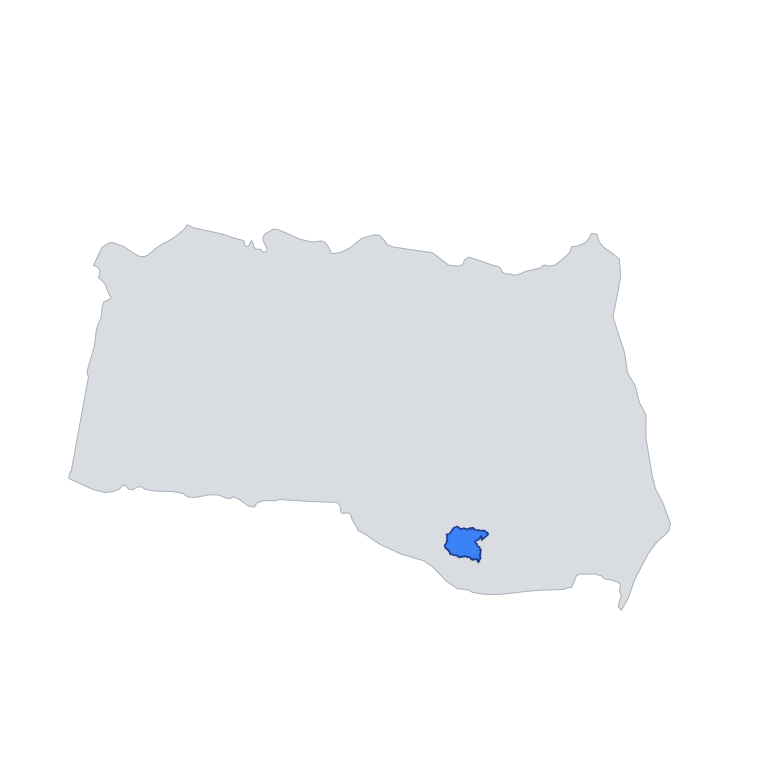 Asunafo North Municipal, Brong Ahafo, Ghana (highlighted), rotated 281°
{"feature_id": "2480657B96138797401471", "entity_name": "Asunafo North Municipal", "entity_type": "district", "adm_level": 2, "iso_a3": "GHA", "parent_name": "Ghana", "parent_adm1": "Brong Ahafo", "projection": "robinson", "projection_center": [-2.711, 6.815], "detail": "fine", "context": "in_parent", "style": "filled", "palette": "blue", "viewbox_px": 768, "rotation_deg": 281, "n_neighbors": 0, "source": "geoboundaries", "source_scale": "gbopen_adm2", "svg_char_len": 7786}
<svg xmlns="http://www.w3.org/2000/svg" viewBox="0 0 768 768"><g transform="rotate(281 384 384)"><path d="M464.5,81.2L469.9,86.9L471.1,90.3L469.1,102.7L465.2,111.4L462.7,119.6L463.1,123.7L465.5,127.8L473.7,134.2L477.9,138.4L482.9,144.7L488.7,150.9L498.5,158.9L502.6,160.3L502.5,162.6L501.1,165.7L500.3,195.6L499.6,203.3L498.8,207.2L498.0,218.4L496.9,220.0L495.1,219.9L493.4,220.3L493.0,222.5L493.6,224.8L499.6,226.4L498.3,228.1L493.9,229.7L491.9,233.0L492.8,236.9L490.3,239.9L491.0,242.0L492.6,243.6L495.1,243.0L502.0,237.8L504.9,237.3L508.4,238.3L515.1,246.2L515.4,250.1L512.7,263.2L510.1,273.4L509.6,287.0L512.4,294.6L512.0,298.8L509.0,302.4L502.2,307.6L502.7,311.2L505.9,317.9L511.6,325.3L522.9,334.5L528.8,346.5L529.0,351.4L525.5,356.2L521.5,360.5L520.2,366.6L522.1,406.7L513.2,424.2L513.1,429.1L514.0,434.9L516.4,438.4L521.0,439.3L524.7,442.7L523.4,454.9L521.4,467.4L521.1,473.4L520.0,476.3L516.5,478.7L515.3,482.6L516.2,487.4L515.5,491.0L517.4,495.7L521.5,501.5L528.0,515.9L530.5,517.0L531.6,520.0L531.0,523.0L533.5,529.3L540.7,535.7L548.3,541.2L554.5,542.0L556.0,547.0L560.0,553.3L563.0,556.1L567.7,557.9L571.5,558.9L571.7,564.2L564.8,567.9L560.1,573.4L556.5,581.8L551.6,591.1L534.6,595.9L528.1,595.9L493.2,596.1L460.5,614.3L441.6,620.8L430.1,631.0L414.5,638.3L403.6,647.1L381.0,651.4L344.0,665.3L332.4,670.8L320.6,680.4L301.6,691.8L294.1,691.6L279.1,681.0L267.9,675.7L240.4,667.6L219.9,664.5L210.0,661.0L207.3,660.4L209.6,656.6L215.3,656.4L221.3,657.5L225.9,654.6L232.6,654.2L234.3,651.2L234.9,643.5L234.8,637.4L237.1,634.6L237.7,627.4L234.4,611.3L232.1,609.4L220.1,607.1L219.3,603.9L217.1,600.6L214.8,592.3L212.2,579.9L208.0,564.6L200.0,539.4L198.0,530.4L196.6,521.3L196.3,510.5L198.0,506.4L197.7,500.8L197.0,495.2L202.7,482.4L213.8,466.7L216.1,461.0L218.2,457.0L218.5,451.4L220.4,433.0L225.8,410.9L229.1,402.5L231.4,398.0L234.1,390.6L234.8,387.1L245.0,378.5L249.7,376.1L250.7,372.7L249.1,369.0L249.8,366.4L252.3,365.2L256.1,364.1L258.8,360.5L254.5,333.2L251.0,306.0L250.8,303.7L248.7,299.9L246.7,288.7L243.2,282.1L238.4,280.2L238.4,274.0L243.3,263.5L244.5,257.3L242.2,255.5L241.9,250.7L243.5,243.0L242.7,238.2L241.8,233.2L236.8,221.3L235.6,212.8L238.2,207.9L238.1,197.1L235.3,180.4L234.9,169.9L236.7,165.5L235.9,161.3L232.2,157.4L231.9,153.5L235.0,149.8L234.7,146.8L230.8,144.7L227.3,139.6L224.2,131.5L224.9,118.4L230.7,94.4L231.4,92.4L238.0,92.6L238.0,93.6L258.5,93.4L281.9,93.1L309.8,92.8L335.3,92.5L336.4,91.4L340.6,90.1L366.2,92.5L382.3,91.3L389.1,92.1L394.1,93.7L405.2,92.7L411.1,93.3L415.6,99.3L417.4,99.3L419.8,96.7L424.3,93.8L428.8,91.5L432.0,86.9L433.9,83.3L436.9,84.0L441.1,83.8L443.9,80.9L445.0,76.2L464.5,81.2Z" fill="#d9dde1" stroke="#a8b0b8" stroke-width="1"/><path d="M227.3,510.1L227.8,510.0L227.9,510.3L228.1,510.2L228.3,510.4L228.2,510.6L228.1,510.9L227.8,511.1L228.0,511.5L228.4,511.5L228.8,511.1L229.2,511.0L229.3,511.1L229.5,511.0L229.8,511.3L230.1,511.5L230.5,511.6L230.7,511.9L231.1,511.8L231.2,512.2L231.4,512.2L232.3,511.7L232.7,511.6L232.8,511.1L233.1,510.9L233.8,511.4L234.2,511.4L234.5,511.2L234.8,511.2L235.1,510.9L234.9,510.4L235.6,510.6L236.0,511.0L236.5,511.2L237.1,511.1L237.4,510.8L237.6,510.7L238.3,510.9L238.9,510.7L239.1,510.3L239.3,510.9L240.4,510.1L241.0,509.4L242.1,508.9L242.3,508.7L242.4,508.2L242.3,507.9L242.1,507.6L243.9,506.0L244.3,506.0L244.8,505.7L245.1,504.6L245.5,504.3L246.1,504.2L246.2,503.6L246.5,503.5L247.0,504.1L247.4,504.2L248.1,504.6L248.8,506.4L249.8,506.8L250.3,506.9L253.3,508.3L253.0,508.8L252.2,509.4L251.7,509.1L250.9,508.8L250.4,509.2L250.0,509.7L249.7,509.6L249.5,509.8L256.1,515.0L256.5,514.9L256.3,514.6L256.5,514.2L256.8,513.8L257.2,513.1L257.3,513.1L257.8,513.5L257.8,513.3L258.2,513.1L258.3,512.7L258.5,512.4L258.6,511.9L258.8,511.7L258.9,511.2L258.9,510.9L259.0,510.7L259.3,510.5L259.3,510.1L259.1,510.1L259.1,509.9L258.9,509.9L258.8,509.7L259.0,509.1L259.0,508.4L258.7,508.2L258.4,507.5L258.4,506.7L258.7,506.0L258.7,505.4L258.8,505.1L258.7,505.0L258.3,505.2L258.1,505.0L258.4,504.4L258.5,503.1L258.4,502.9L258.0,502.5L258.0,502.0L258.1,501.2L258.7,500.8L258.7,500.6L259.0,500.5L258.9,499.7L258.7,499.4L258.8,499.3L259.1,499.3L259.1,499.2L259.3,499.2L259.6,499.1L259.8,499.0L260.0,498.9L259.9,498.6L259.8,498.4L259.2,497.9L259.3,497.8L259.4,497.5L259.1,497.3L259.1,497.1L259.3,496.6L259.0,496.5L258.9,496.3L258.3,496.4L258.5,496.2L258.7,495.7L258.6,495.2L258.2,494.8L258.2,494.5L258.1,494.3L257.9,494.2L257.7,494.1L257.5,493.8L257.4,493.8L257.2,493.2L256.9,493.2L256.7,492.8L256.7,492.7L256.8,492.6L256.9,492.4L257.3,492.2L257.4,491.9L257.6,491.8L257.6,491.7L257.4,491.3L257.4,491.2L257.5,491.0L257.3,490.8L257.3,490.6L257.4,490.3L257.7,490.0L257.6,489.9L257.6,489.6L257.4,489.6L257.3,489.3L257.3,489.2L257.1,489.0L257.1,488.9L256.9,488.8L256.9,488.7L256.7,488.5L256.5,487.8L256.3,487.7L256.2,487.5L256.2,487.2L256.4,487.2L256.2,486.7L256.4,486.5L256.4,486.3L256.6,486.3L256.6,486.1L256.9,485.9L257.0,485.6L257.2,485.0L257.5,484.6L257.5,484.3L257.7,484.1L257.7,483.9L258.0,483.6L258.1,483.4L258.2,483.0L257.8,482.7L257.3,481.9L256.9,481.0L256.7,480.8L256.6,480.5L256.3,480.1L256.2,480.2L255.8,480.1L255.4,479.7L255.0,479.5L254.6,479.0L254.2,479.1L254.1,478.9L253.5,478.7L253.4,478.6L253.2,478.6L253.2,478.4L252.6,478.2L252.3,478.0L252.1,478.0L251.7,477.7L251.4,477.7L250.6,477.5L250.4,477.5L250.2,477.1L249.3,476.7L248.9,476.7L248.8,475.5L248.2,474.0L247.7,474.5L247.3,474.6L246.5,475.5L245.9,475.0L245.6,475.0L245.3,474.8L244.9,474.8L244.6,475.0L244.4,475.0L243.5,475.9L243.3,475.9L243.1,476.0L242.9,476.0L242.7,475.8L242.3,475.9L242.2,475.3L241.8,475.4L241.3,475.7L240.9,475.6L240.7,475.8L240.1,475.7L239.5,475.1L238.8,475.2L238.2,474.9L237.7,474.6L237.5,474.3L237.3,474.2L236.8,474.4L236.7,474.6L235.7,474.8L235.5,475.0L235.4,475.2L235.3,475.4L234.7,475.5L234.5,475.8L234.5,476.1L234.3,476.2L234.2,476.4L234.2,476.8L234.0,477.0L233.8,477.3L233.9,477.6L233.7,477.6L233.6,477.9L233.5,478.1L233.3,478.1L233.3,478.4L233.1,478.6L233.1,478.9L232.9,479.0L233.0,479.1L232.8,479.2L232.9,479.3L232.7,479.4L232.5,479.6L232.3,479.6L232.3,479.9L232.1,480.2L231.9,480.1L231.5,480.3L231.5,480.2L231.2,480.4L231.3,480.6L231.2,480.7L230.8,480.7L230.6,480.6L230.2,480.8L229.8,481.4L229.7,481.5L229.8,481.6L229.7,481.7L229.7,482.1L229.5,482.3L229.7,482.9L229.6,483.1L229.7,483.3L229.7,483.6L229.5,483.8L229.7,484.1L229.4,484.5L229.4,484.8L229.2,485.0L229.2,485.4L229.2,485.7L229.2,486.0L229.3,486.2L229.5,486.6L229.4,487.1L229.5,487.2L229.6,487.5L229.7,487.8L229.5,488.0L229.5,488.8L229.3,488.9L229.3,489.2L229.2,489.3L229.1,489.2L228.8,489.8L229.0,490.2L228.9,490.3L228.8,490.2L228.9,490.7L228.3,491.1L228.5,491.2L228.5,491.3L228.6,491.7L229.1,492.1L229.1,492.3L229.2,492.5L229.2,492.8L229.3,492.9L229.1,493.0L229.0,493.4L229.1,493.5L228.9,493.6L229.0,494.1L229.4,494.3L229.6,494.2L229.8,494.6L229.8,494.8L230.0,495.0L230.3,495.3L230.1,495.5L229.8,495.6L229.8,495.8L229.8,496.0L230.0,496.1L230.2,496.3L230.4,496.3L230.5,496.5L230.6,496.9L230.7,497.0L230.5,497.3L230.2,497.7L230.1,498.3L229.8,498.3L229.7,498.5L229.8,498.7L229.7,498.9L230.0,499.0L230.0,499.3L230.3,499.7L230.5,500.2L230.4,500.3L230.4,500.7L230.1,501.0L230.0,501.3L230.1,501.5L229.9,501.6L229.8,501.9L229.7,501.8L229.5,502.1L229.2,502.1L229.1,502.3L229.0,502.5L228.9,502.5L229.0,503.0L228.8,503.0L228.6,503.4L228.6,503.5L228.3,503.7L228.3,504.0L228.5,504.2L228.4,504.3L228.9,504.4L228.7,504.7L228.8,504.8L228.7,504.8L228.6,505.1L229.0,505.7L228.6,505.8L228.7,506.2L229.0,506.6L228.9,506.6L228.9,506.8L229.0,507.0L229.3,507.3L229.5,507.4L229.5,507.5L229.6,507.4L229.7,507.5L229.7,508.0L229.8,508.1L229.7,508.5L229.8,508.5L229.6,508.7L229.6,508.8L229.4,508.9L229.5,508.9L229.5,509.1L229.3,509.0L229.2,509.2L229.0,509.3L228.8,509.3L228.7,509.4L228.0,509.5L227.8,509.7L227.7,509.6L227.3,510.1Z" fill="#3b82f6" stroke="#1e3a8a" stroke-width="1.5"/></g></svg>